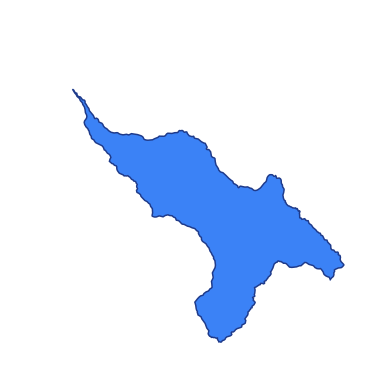 outline of Campamento, Antioquia, Colombia, rotated 321°
{"feature_id": "7082276B86795157011208", "entity_name": "Campamento", "entity_type": "district", "adm_level": 2, "iso_a3": "COL", "parent_name": "Colombia", "parent_adm1": "Antioquia", "projection": "orthographic", "projection_center": [-75.286, 7.07], "detail": "fine", "context": "isolated", "style": "filled", "palette": "blue", "viewbox_px": 384, "rotation_deg": 321, "n_neighbors": 0, "source": "geoboundaries", "source_scale": "gbopen_adm2", "svg_char_len": 6107}
<svg xmlns="http://www.w3.org/2000/svg" viewBox="0 0 384 384"><g transform="rotate(321 192 192)"><path d="M141.2,326.6L144.8,328.0L145.7,328.1L147.0,326.9L147.5,326.8L149.2,327.3L150.9,327.4L153.0,325.6L153.1,324.3L153.4,323.8L157.7,322.7L158.9,321.9L160.0,320.5L161.8,320.4L162.9,319.9L163.8,319.9L164.7,319.3L165.9,319.7L166.8,318.6L169.3,318.6L171.2,317.8L171.6,317.5L171.7,316.9L171.5,314.6L172.6,313.7L172.7,312.2L173.2,312.1L174.6,312.5L175.3,312.4L175.8,311.0L177.1,310.1L179.4,307.8L180.4,305.7L180.9,305.7L181.9,306.1L185.5,306.4L186.8,306.9L187.7,306.2L189.1,307.2L189.9,308.5L190.8,308.6L191.2,308.4L191.4,307.4L192.0,307.0L193.8,307.4L195.0,306.9L196.3,306.8L197.4,306.2L200.2,306.0L201.7,305.5L202.4,304.7L202.7,303.5L203.9,303.3L207.1,301.9L210.5,299.7L212.8,299.6L214.1,300.1L214.9,299.7L215.7,299.9L216.7,301.6L217.4,302.0L218.3,305.0L219.4,305.8L220.2,307.1L220.5,311.7L222.1,313.4L226.2,316.0L229.0,316.9L230.3,317.9L235.3,317.7L236.4,318.8L237.3,321.8L239.8,325.3L240.1,326.6L240.0,328.0L240.9,330.2L242.6,331.9L243.5,332.2L243.7,332.5L243.8,334.7L243.6,336.8L242.9,338.5L242.8,339.4L243.2,341.3L244.0,343.0L244.9,344.4L244.9,345.1L244.3,347.1L246.6,346.6L248.3,346.6L249.0,346.4L250.2,345.6L251.4,344.0L252.8,343.5L253.6,342.2L254.8,342.3L258.1,343.2L259.5,344.2L260.7,344.8L262.5,344.7L264.1,344.3L264.3,343.7L264.0,339.6L264.8,337.5L266.1,336.4L266.9,335.1L267.0,334.2L266.3,333.1L266.3,332.6L267.2,331.8L267.5,330.8L267.4,330.4L265.7,329.1L265.5,328.3L265.6,326.4L264.5,325.2L264.3,324.7L264.4,323.3L266.3,320.6L265.9,316.3L266.6,314.4L265.1,312.7L265.0,312.2L265.9,308.6L265.8,307.9L265.1,306.9L265.7,304.8L264.9,303.7L264.7,302.4L264.3,301.8L264.4,299.3L263.7,295.8L264.0,292.9L263.2,290.1L264.2,287.4L263.3,286.6L262.7,285.5L262.8,283.7L260.2,282.4L260.3,280.8L259.5,279.8L261.4,277.3L262.1,276.0L263.5,275.2L263.7,274.8L263.6,274.2L262.7,273.8L263.3,271.2L263.1,270.8L262.4,270.7L262.4,269.5L261.6,269.1L260.2,267.6L259.7,266.0L259.1,265.3L258.9,264.3L258.1,263.4L257.8,260.9L258.3,259.1L258.1,258.6L258.9,257.7L258.6,256.0L259.2,254.3L260.7,251.6L262.9,250.1L265.0,248.2L265.5,247.2L265.6,245.2L266.7,243.3L266.9,241.5L268.6,239.1L269.0,238.1L269.0,237.2L268.6,236.1L266.8,234.9L266.5,234.4L266.6,233.9L267.3,232.6L267.2,231.9L266.6,232.0L265.6,231.4L265.3,229.3L264.8,228.7L263.5,227.6L262.3,227.4L260.9,227.6L259.5,228.1L256.6,230.3L255.5,230.6L253.7,230.6L247.9,231.9L244.6,231.7L243.4,231.4L242.1,230.7L241.1,229.6L240.6,226.8L239.4,225.2L238.5,223.1L236.2,221.5L233.4,218.0L232.8,217.8L231.5,218.1L230.8,217.8L230.8,217.0L231.3,215.8L230.6,213.4L229.7,211.6L229.8,211.0L230.3,209.6L230.3,208.9L229.8,207.5L229.2,204.6L228.8,200.4L228.2,196.5L226.7,194.3L226.6,192.1L226.7,191.3L227.2,190.4L227.7,186.0L229.1,183.2L230.9,180.4L230.8,179.6L229.8,178.0L229.6,176.5L231.8,172.4L231.8,169.9L231.7,169.5L230.5,168.6L230.2,168.0L230.5,167.3L231.6,166.9L232.0,166.6L232.9,162.5L232.0,161.3L230.9,158.7L230.2,154.8L227.9,151.9L227.8,151.2L228.3,150.2L228.3,149.7L226.8,148.9L225.2,146.5L225.2,143.8L225.7,142.1L225.2,141.5L224.0,141.0L223.6,140.7L223.4,138.7L223.0,137.9L221.8,137.3L221.0,136.4L219.9,136.3L219.0,136.7L218.1,136.7L216.0,135.1L213.3,133.9L210.2,131.1L208.8,130.9L206.9,131.4L205.9,131.3L205.1,130.9L201.7,128.0L199.9,128.1L196.4,127.0L194.2,126.6L190.3,124.0L189.1,122.8L188.1,121.3L188.0,120.4L188.4,118.8L188.4,117.9L187.9,116.4L185.8,113.1L181.6,108.5L178.8,107.9L177.4,105.9L174.4,104.2L172.6,102.0L171.9,100.6L171.7,99.6L171.1,98.7L168.6,97.1L166.6,94.5L165.8,91.8L165.6,89.2L164.7,87.0L164.7,85.1L165.2,83.4L165.2,81.8L163.8,79.3L163.9,78.6L164.7,76.8L164.7,75.7L164.2,74.5L162.8,73.9L162.6,73.5L163.5,70.4L163.4,64.4L164.4,62.1L164.4,60.0L164.9,57.4L164.9,55.5L166.0,54.2L166.2,53.2L166.1,52.8L165.0,51.5L165.1,48.0L163.9,46.3L163.6,45.3L163.6,44.7L164.6,42.8L163.7,41.1L164.2,38.3L163.8,36.9L163.2,41.3L163.3,43.4L162.8,45.4L163.4,48.5L162.7,50.7L162.9,53.6L162.2,55.3L161.9,58.1L160.8,60.6L159.1,63.3L158.6,65.7L157.8,67.2L156.4,68.3L153.2,69.2L152.0,70.1L151.0,72.2L150.9,73.6L150.6,74.3L150.9,77.3L150.5,78.5L150.4,79.8L149.0,82.7L148.7,85.4L147.8,86.7L147.8,87.9L148.5,89.6L148.2,91.7L148.3,93.2L151.2,99.4L151.2,101.5L150.3,104.1L150.9,105.1L150.7,108.7L151.3,110.2L151.4,112.0L150.7,114.1L148.9,114.9L147.1,116.2L147.7,119.5L148.5,120.7L148.5,122.3L149.6,124.1L149.4,125.0L148.1,126.8L147.5,128.4L147.3,131.4L147.6,132.2L149.2,135.2L149.4,136.8L150.1,137.2L151.3,138.4L152.4,138.9L152.5,139.8L153.1,141.6L153.0,144.0L153.8,145.7L153.6,146.7L154.6,148.1L154.7,148.8L154.2,150.2L154.2,151.7L152.9,152.4L152.2,153.3L151.8,155.1L151.2,155.5L150.0,155.7L149.1,157.2L149.1,158.0L149.8,159.4L150.3,161.6L149.6,163.4L150.0,168.8L151.1,171.4L151.2,173.5L151.6,174.5L151.6,175.1L150.8,177.2L150.7,180.0L148.2,183.5L146.3,185.0L145.9,185.9L147.0,187.7L147.8,188.4L148.7,189.0L151.2,189.8L151.9,190.4L153.9,193.1L156.4,193.4L159.0,194.6L159.6,195.9L161.6,198.0L161.9,199.9L162.7,201.2L162.7,202.4L162.2,203.4L162.1,204.1L163.5,205.7L163.8,207.0L164.0,210.3L164.5,211.2L165.5,212.2L167.0,215.7L168.4,217.5L169.6,220.0L170.6,221.3L171.2,222.3L171.3,225.0L171.8,226.0L171.9,227.2L171.2,227.9L170.8,228.6L170.3,231.5L170.7,233.2L169.4,235.0L169.1,236.9L170.3,241.0L169.9,244.1L170.0,246.2L168.8,249.4L168.7,251.4L168.1,253.5L167.9,256.1L166.9,257.2L166.6,259.8L164.2,263.6L162.5,265.2L156.9,267.7L154.8,271.6L153.9,272.3L150.9,273.7L149.6,275.9L147.7,278.6L146.7,278.9L144.9,278.6L143.0,279.2L142.2,279.2L140.1,278.5L137.4,278.4L135.8,279.1L135.2,279.0L133.4,278.2L131.8,278.1L129.4,278.4L124.9,279.4L123.5,282.6L121.9,285.2L121.3,286.5L121.0,288.2L120.2,289.1L119.8,290.5L119.3,291.2L120.5,294.6L119.8,296.8L119.5,302.4L117.9,307.0L117.8,310.4L115.3,312.4L115.0,313.9L115.0,315.2L115.5,316.0L115.6,317.2L116.6,317.8L117.0,318.6L117.9,319.2L118.8,320.8L119.8,321.5L119.0,322.7L118.8,324.8L118.5,325.3L119.2,325.8L120.0,326.9L120.8,327.0L122.1,326.6L123.5,327.2L124.9,327.3L126.2,326.6L127.9,326.5L131.3,327.9L132.5,328.0L133.3,327.7L133.8,326.2L134.6,325.8L136.2,326.8L137.5,326.8L139.2,326.4L141.2,326.6Z" fill="#3b82f6" stroke="#1e3a8a" stroke-width="1.5"/></g></svg>